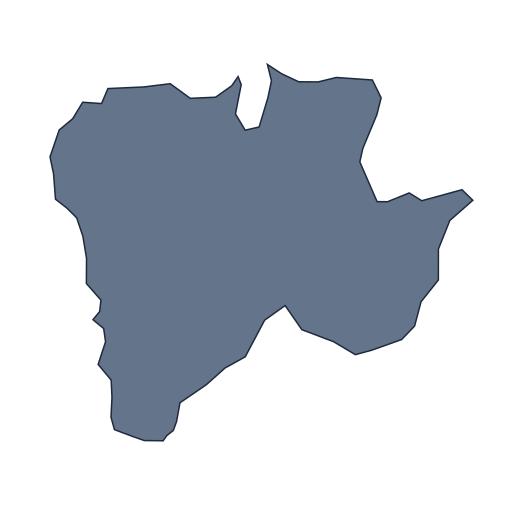 outline of Pitargou, Paphos, Cyprus, rotated 4°
{"feature_id": "46923920B91731553605011", "entity_name": "Pitargou", "entity_type": "district", "adm_level": 2, "iso_a3": "CYP", "parent_name": "Cyprus", "parent_adm1": "Paphos", "projection": "equal_earth", "projection_center": [32.543, 34.831], "detail": "fine", "context": "isolated", "style": "filled", "palette": "slate", "viewbox_px": 512, "rotation_deg": 4, "n_neighbors": 0, "source": "geoboundaries", "source_scale": "gbopen_adm2", "svg_char_len": 1075}
<svg xmlns="http://www.w3.org/2000/svg" viewBox="0 0 512 512"><g transform="rotate(4 256 256)"><path d="M185.7,435.8L188.3,426.7L189.7,414.2L190.4,407.7L215.6,387.7L232.9,369.9L252.3,357.3L269.1,319.4L288.5,303.4L306.9,326.3L339.4,336.1L362.0,347.5L378.2,341.8L407.1,329.2L419.1,314.8L422.1,299.3L423.8,290.2L439.6,267.2L437.5,236.3L446.9,207.0L468.4,185.3L459.3,177.6L456.9,175.5L417.5,189.3L404.4,182.4L383.4,192.7L373.0,193.3L353.0,154.9L355.1,141.1L366.7,106.7L369.8,89.5L359.8,72.3L339.4,72.3L323.7,72.3L305.8,78.0L286.4,79.2L268.6,72.3L254.0,64.1L259.2,80.2L256.8,97.4L250.1,127.1L236.4,131.2L225.6,115.7L229.3,86.0L225.6,78.3L219.9,87.9L204.6,100.4L179.4,103.3L158.4,90.1L132.2,95.2L96.6,99.3L91.3,114.7L72.4,114.7L63.5,131.9L50.9,144.0L43.6,171.5L48.3,188.1L52.0,213.3L64.0,221.4L74.5,230.5L81.9,248.3L87.1,270.1L88.7,295.3L104.4,310.8L103.9,322.3L97.8,330.9L109.1,339.0L111.9,352.0L106.1,375.2L120.2,389.9L122.2,407.1L122.6,426.9L126.9,439.1L145.4,444.6L157.5,447.9L176.3,446.8L179.6,441.3L185.7,435.8Z" fill="#64748b" stroke="#1e293b" stroke-width="1.5"/></g></svg>